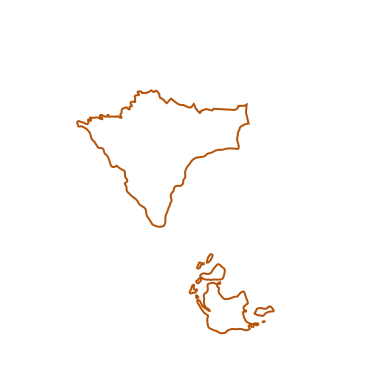 the district of Kokopo District, East New Britain, Papua New Guinea, rotated 124°
{"feature_id": "67681753B40757041944416", "entity_name": "Kokopo District", "entity_type": "district", "adm_level": 2, "iso_a3": "PNG", "parent_name": "Papua New Guinea", "parent_adm1": "East New Britain", "projection": "robinson", "projection_center": [152.359, -4.313], "detail": "fine", "context": "isolated", "style": "outline", "palette": "amber", "viewbox_px": 384, "rotation_deg": 124, "n_neighbors": 0, "source": "geoboundaries", "source_scale": "gbopen_adm2", "svg_char_len": 6074}
<svg xmlns="http://www.w3.org/2000/svg" viewBox="0 0 384 384"><g transform="rotate(124 192 192)"><path d="M130.5,282.6L133.3,283.8L135.3,285.2L137.8,288.6L137.8,289.2L137.1,290.3L137.5,291.1L139.0,293.0L139.6,293.0L140.1,292.4L140.3,291.3L141.1,290.3L141.6,290.5L143.1,292.4L143.9,293.0L145.1,292.8L146.1,291.4L147.7,290.7L148.7,289.6L149.2,289.6L149.9,290.5L150.2,291.6L151.1,292.6L151.9,292.9L152.7,292.7L153.4,292.0L153.7,290.5L154.5,289.9L155.2,290.3L156.0,291.2L156.4,291.2L158.3,290.0L158.8,290.5L158.8,291.8L158.3,293.2L158.7,293.9L160.7,295.2L161.7,296.3L163.5,296.1L165.8,294.6L167.8,294.8L168.5,294.3L168.8,293.1L170.0,292.1L170.8,294.1L170.8,295.8L171.4,296.9L172.3,297.2L174.1,300.6L176.1,302.7L176.1,303.2L174.9,304.4L175.3,305.0L177.3,305.0L178.1,306.1L178.6,309.7L179.3,311.0L180.3,311.0L180.9,307.8L181.4,307.2L181.9,307.2L182.6,309.1L182.6,310.6L183.0,312.2L185.6,315.2L187.2,317.9L188.7,315.9L189.7,315.8L190.1,316.6L189.2,317.9L189.7,318.5L190.4,318.5L192.6,316.6L193.4,316.4L194.2,316.8L194.9,317.9L194.9,320.4L195.8,322.2L196.5,325.5L197.5,326.2L198.6,326.1L200.7,323.6L201.2,322.7L199.2,320.3L198.8,317.2L198.8,313.9L200.0,309.9L200.7,308.8L203.0,306.3L204.5,304.0L205.0,300.5L206.1,298.6L206.8,296.5L207.6,295.2L207.6,294.2L206.1,291.4L206.1,289.4L208.4,286.7L208.9,285.8L209.1,283.9L209.9,281.4L212.1,278.1L214.5,275.2L215.7,273.3L215.5,271.5L214.4,270.1L212.3,269.1L212.7,266.8L212.7,263.6L212.3,261.1L212.5,259.4L213.2,258.5L214.7,257.7L217.0,255.6L218.0,252.8L219.1,251.7L220.3,251.7L222.3,252.6L223.3,251.5L223.7,250.2L225.1,248.6L227.1,247.1L227.7,246.2L228.2,245.1L228.5,242.1L229.0,240.4L229.3,235.1L229.7,233.0L231.5,229.1L231.8,227.7L231.6,223.0L232.0,221.3L232.5,220.4L234.9,218.3L237.1,215.9L237.7,214.7L238.4,212.3L239.2,211.0L239.9,208.9L240.9,207.2L240.9,205.3L240.4,202.9L239.5,200.2L238.2,198.4L236.2,196.5L234.2,196.5L231.7,197.3L227.9,199.9L225.9,200.8L221.5,201.6L218.2,202.6L215.8,202.8L213.5,203.7L211.4,203.7L210.0,204.5L207.7,207.2L205.2,208.3L201.8,207.9L198.2,209.1L197.1,209.0L195.9,208.5L195.0,207.5L194.1,205.9L193.5,205.1L191.6,204.2L190.1,204.2L186.7,205.9L183.8,205.7L179.2,208.9L176.9,209.7L173.1,210.1L171.1,209.7L166.4,209.7L163.6,209.0L162.1,208.2L160.6,207.1L156.5,202.5L155.1,201.5L152.5,200.9L151.3,200.4L148.3,197.7L144.5,195.7L142.0,193.4L140.4,190.9L139.0,189.5L137.5,188.5L134.4,184.6L132.2,181.0L131.2,178.8L130.5,178.0L129.9,177.8L127.7,179.0L123.6,183.7L121.9,184.8L120.0,185.4L117.6,186.9L116.5,187.3L114.7,187.3L112.3,188.2L111.0,188.3L108.7,187.3L107.0,186.4L104.4,184.3L103.5,183.3L103.1,183.9L95.9,191.7L88.9,195.6L91.2,196.7L94.7,201.8L95.7,201.0L98.5,201.5L100.2,202.7L111.0,220.7L113.1,220.8L115.3,226.6L119.2,229.6L119.8,229.4L120.8,230.0L120.9,229.7L121.7,229.4L122.2,229.8L120.8,235.4L118.1,239.4L118.0,239.8L121.4,239.9L122.9,240.6L123.9,242.6L124.7,247.8L126.0,249.7L126.8,252.0L126.8,256.2L126.3,261.6L132.5,262.6L132.5,263.3L131.7,266.3L131.5,267.6L131.4,269.8L131.8,270.7L131.7,271.3L129.9,273.4L129.3,273.7L127.9,277.3L128.4,278.7L130.1,279.2L130.7,280.4L130.5,280.8L130.5,282.6ZM267.2,66.0L266.7,65.2L266.2,63.7L265.7,63.1L264.7,63.0L264.2,63.7L265.0,65.6L268.2,68.6L269.0,72.5L269.0,74.2L268.7,75.4L266.7,79.0L265.1,80.8L263.7,82.0L262.9,82.4L262.1,82.2L261.1,80.5L260.4,80.5L260.1,81.2L260.6,82.9L259.6,84.2L258.8,84.8L257.8,85.0L256.5,84.3L255.0,84.3L253.8,83.5L252.6,83.7L251.0,85.6L249.2,88.4L246.7,91.3L245.7,93.0L245.7,93.7L247.4,95.0L249.4,95.6L253.2,95.9L255.5,98.6L257.2,99.5L257.8,100.2L259.3,101.0L262.2,104.4L262.5,105.1L262.5,107.0L261.2,111.7L260.4,113.4L259.4,114.5L258.0,115.3L257.2,115.3L256.5,115.9L256.4,117.4L255.9,118.5L254.6,120.0L255.1,122.1L255.1,123.0L256.1,124.7L259.2,127.2L260.6,127.0L264.0,124.3L265.9,123.7L267.5,123.9L269.0,124.7L270.3,124.7L271.5,124.3L273.8,122.0L275.8,121.1L277.6,119.7L278.9,118.2L279.6,117.1L279.9,116.0L279.9,113.0L280.2,111.3L280.7,110.9L281.1,111.6L280.9,118.8L280.4,119.5L280.4,120.1L278.1,124.1L277.8,126.0L278.1,126.5L279.3,126.9L280.3,125.9L281.4,123.9L282.3,121.6L282.8,121.0L284.2,117.7L285.4,114.1L285.5,109.7L286.4,109.0L288.2,108.6L290.2,107.3L293.2,104.8L294.5,103.3L295.1,101.8L295.1,100.5L294.5,97.9L294.5,96.7L293.5,93.9L293.4,90.7L292.8,88.8L290.6,86.2L289.5,85.5L287.1,85.1L286.0,84.5L284.0,83.0L283.1,82.1L280.6,78.0L279.0,76.3L278.0,74.4L276.6,70.1L275.3,68.6L273.2,67.6L272.5,68.2L271.5,70.1L270.3,69.9L269.7,69.0L269.7,68.2L270.3,67.3L270.3,66.5L269.7,65.8L268.8,65.8L268.3,66.1L267.2,66.0ZM256.4,130.7L255.1,128.9L254.6,127.5L252.6,125.3L248.9,119.7L247.8,118.7L246.6,118.2L245.6,118.2L241.3,119.5L238.5,121.0L237.8,121.8L237.5,122.9L237.3,125.5L236.9,127.8L236.9,129.3L237.5,130.2L238.2,130.6L244.0,131.2L247.8,131.0L250.0,131.7L251.6,133.8L252.6,136.4L253.6,137.5L255.3,138.3L256.8,138.5L257.6,137.7L257.6,133.4L256.4,130.7ZM254.1,72.4L257.4,72.4L257.9,72.0L257.2,68.1L256.2,66.6L255.8,65.0L254.9,63.9L254.3,63.6L251.4,63.2L249.9,62.4L247.6,60.6L245.5,57.9L245.0,57.8L244.1,58.7L243.1,61.7L243.1,63.2L244.3,64.5L246.3,64.7L247.1,65.1L248.8,67.3L249.1,68.9L250.1,70.7L251.6,72.4L252.8,73.0L254.1,72.4ZM270.7,132.8L270.2,133.7L271.4,135.0L271.5,135.6L271.4,136.3L269.7,137.7L268.7,137.8L267.9,138.4L268.0,138.8L269.0,139.3L270.0,139.3L274.2,138.2L276.3,138.0L277.0,137.2L277.0,136.7L276.2,135.6L274.7,134.6L273.8,133.1L273.2,132.9L271.8,133.1L270.7,132.8ZM236.9,142.1L241.5,140.8L242.2,140.0L241.2,139.1L238.9,138.5L237.4,138.5L233.4,139.3L232.7,139.9L232.6,141.0L233.4,141.9L236.9,142.1ZM247.8,143.8L246.5,143.2L245.3,141.9L244.5,142.4L245.7,144.1L245.8,145.8L246.5,146.6L251.5,145.6L252.2,145.1L252.1,144.1L250.8,143.2L249.7,143.2L247.8,143.8ZM264.4,137.7L264.6,136.4L263.9,135.6L262.2,135.2L259.9,135.2L258.9,136.0L259.1,137.1L259.9,137.9L261.9,137.7L262.9,138.6L263.6,138.6L264.4,137.7ZM277.3,129.3L277.3,128.6L275.8,127.8L275.5,128.2L275.0,130.1L275.7,130.7L277.3,129.3ZM253.4,119.1L253.4,118.1L252.9,117.6L251.7,117.6L251.2,118.0L251.3,118.3L251.8,118.9L252.7,119.5L253.4,119.1ZM260.2,60.7L260.2,60.2L258.9,59.4L258.7,59.8L259.9,60.9L260.2,60.7Z" fill="none" stroke="#b45309" stroke-width="2"/></g></svg>